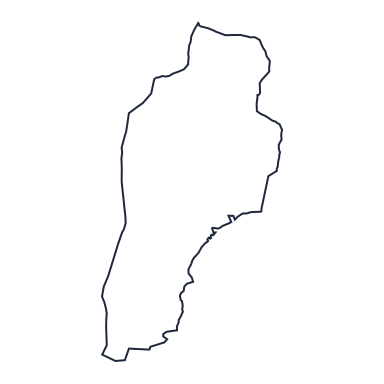 the district of Bassa, Plateau, Nigeria
{"feature_id": "59680162B94726154492089", "entity_name": "Bassa", "entity_type": "district", "adm_level": 2, "iso_a3": "NGA", "parent_name": "Nigeria", "parent_adm1": "Plateau", "projection": "mercator", "projection_center": [8.83, 10.063], "detail": "fine", "context": "isolated", "style": "outline", "palette": "slate", "viewbox_px": 384, "rotation_deg": 0, "n_neighbors": 0, "source": "geoboundaries", "source_scale": "gbopen_adm2", "svg_char_len": 2767}
<svg xmlns="http://www.w3.org/2000/svg" viewBox="0 0 384 384"><path d="M125.5,219.8L125.7,222.9L124.0,229.2L122.1,232.4L117.8,244.9L108.2,276.1L107.3,278.3L103.8,286.5L102.0,296.5L104.4,302.4L105.4,306.4L105.9,308.2L106.8,313.6L106.5,316.5L106.3,318.6L106.2,323.3L106.1,326.3L106.5,337.8L106.8,345.2L102.2,354.6L115.4,361.0L124.9,360.2L128.9,348.6L149.5,349.6L150.3,346.8L164.4,342.4L164.6,342.1L167.2,339.3L163.2,336.3L163.2,334.2L166.5,331.8L177.0,330.3L177.0,329.5L176.9,326.4L178.7,322.3L178.6,320.2L180.5,317.0L182.3,312.8L182.5,312.6L182.9,311.8L182.2,309.7L182.7,305.3L182.0,301.1L180.6,300.0L180.4,297.9L179.9,296.3L180.0,295.3L181.1,292.9L183.6,291.1L184.4,286.3L187.0,283.7L193.1,281.8L193.0,281.6L191.8,277.5L190.6,276.0L188.6,273.5L188.4,269.4L191.2,264.2L191.9,261.8L192.1,261.0L193.9,257.9L195.9,255.7L198.7,252.6L201.5,247.3L205.4,243.0L207.3,241.9L208.1,241.0L207.3,239.7L208.5,237.8L210.3,238.6L211.1,237.7L210.5,236.6L211.5,234.7L213.2,235.2L215.4,232.5L213.5,232.5L212.1,228.3L212.9,227.8L217.8,228.6L219.8,227.9L222.8,225.8L228.7,223.4L231.3,222.0L228.5,215.7L233.4,215.9L234.8,219.6L237.5,216.9L242.4,213.6L244.4,213.5L244.8,213.5L247.5,213.3L250.4,212.2L253.5,212.0L256.5,211.9L258.5,211.8L260.5,211.7L260.9,211.5L261.3,211.5L261.6,208.1L268.4,176.1L276.8,170.9L276.8,170.5L276.7,168.9L277.7,166.8L278.0,163.7L278.4,160.6L279.2,157.4L279.2,155.8L279.2,155.4L280.0,152.3L278.9,149.2L278.8,147.2L278.7,145.1L279.0,144.5L279.6,143.0L281.5,139.9L281.3,136.3L281.2,134.7L282.0,129.6L280.9,127.5L280.8,127.3L279.8,124.5L276.7,122.6L275.6,121.6L272.5,120.7L267.8,117.5L265.2,115.9L263.2,115.0L261.1,114.1L256.9,111.2L256.8,109.1L256.8,107.4L256.7,106.0L256.6,104.0L256.9,101.6L257.3,98.7L257.5,96.7L257.4,95.1L259.2,94.6L260.1,92.5L259.9,88.4L259.8,85.3L259.7,83.3L261.6,80.1L262.9,78.6L264.5,76.9L269.3,71.5L269.1,68.4L269.8,61.9L269.8,61.2L269.7,61.1L268.7,59.2L266.6,56.2L265.3,51.1L263.2,48.1L262.1,45.8L260.9,43.1L260.1,40.9L259.8,40.1L256.7,38.2L254.6,37.2L251.8,37.3L250.6,37.4L250.4,37.4L247.5,36.5L245.2,36.1L244.9,36.0L244.2,35.8L243.1,35.6L240.4,34.9L237.3,35.0L234.3,35.0L225.4,35.2L215.7,31.6L214.1,30.7L208.6,28.4L205.5,27.6L200.8,26.4L199.4,25.7L199.0,24.5L198.7,23.6L198.2,23.0L194.3,29.7L191.3,36.3L190.7,41.7L189.2,45.4L188.7,50.0L188.2,53.7L188.7,57.3L188.2,61.4L188.2,64.3L186.4,66.4L186.3,66.6L185.8,67.2L183.8,69.4L179.9,71.1L172.5,73.8L169.5,75.8L166.2,76.5L162.2,76.1L158.5,77.5L156.4,77.6L154.2,79.2L153.3,83.6L151.9,90.2L151.2,93.5L149.1,95.9L142.8,103.1L136.6,107.4L135.8,108.0L130.6,111.9L128.9,113.2L127.5,122.9L126.2,131.4L124.8,135.9L121.6,147.8L122.2,152.4L121.6,157.1L121.4,159.3L121.6,162.2L121.8,168.2L121.7,176.1L121.7,182.1L122.5,189.7L125.5,217.8L125.5,219.8Z" fill="none" stroke="#1e293b" stroke-width="2"/></svg>